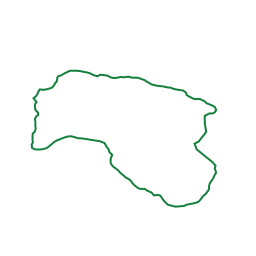 outline of Santa Bárbara, Bahia, Brazil, rotated 293°
{"feature_id": "56859067B70758123522346", "entity_name": "Santa Bárbara", "entity_type": "district", "adm_level": 2, "iso_a3": "BRA", "parent_name": "Brazil", "parent_adm1": "Bahia", "projection": "natural_earth1", "projection_center": [-38.986, -11.933], "detail": "fine", "context": "isolated", "style": "outline", "palette": "green", "viewbox_px": 256, "rotation_deg": 293, "n_neighbors": 0, "source": "geoboundaries", "source_scale": "gbopen_adm2", "svg_char_len": 2151}
<svg xmlns="http://www.w3.org/2000/svg" viewBox="0 0 256 256"><g transform="rotate(293 128 128)"><path d="M179.0,202.2L181.1,199.9L181.6,197.6L181.6,193.9L181.5,190.7L182.5,188.3L182.8,183.2L181.8,180.4L180.6,178.0L180.6,175.2L180.9,171.5L181.4,168.9L183.3,167.5L184.0,164.1L183.3,161.2L182.4,157.8L181.8,154.4L181.8,151.5L180.9,149.0L180.1,144.4L179.2,141.5L178.4,138.9L177.8,135.7L177.3,132.7L177.8,129.5L178.0,126.8L178.6,124.5L178.3,121.2L178.2,117.8L177.3,115.3L175.8,111.8L175.6,108.9L174.2,106.1L173.0,104.4L172.2,101.4L170.3,98.7L168.7,96.2L167.8,92.5L168.2,88.9L167.5,86.0L166.9,83.8L166.1,81.6L163.7,79.6L163.2,75.7L163.5,71.4L163.1,68.3L162.5,66.0L161.9,62.6L160.7,58.5L159.3,55.2L158.1,52.3L155.4,49.9L152.9,47.7L150.0,45.7L148.6,43.6L146.8,43.2L144.7,43.9L142.6,44.2L140.8,43.4L138.5,43.3L135.4,42.2L133.4,40.0L132.0,38.2L130.2,35.5L129.0,31.7L126.4,31.3L123.4,31.3L121.2,30.8L118.5,29.4L116.1,33.7L114.1,33.1L111.3,33.9L108.3,35.9L107.1,38.9L105.1,40.3L102.7,39.0L100.1,38.8L98.0,40.0L96.2,40.9L94.1,41.7L91.3,43.3L88.2,43.6L85.6,42.5L82.2,43.7L79.5,44.9L77.6,46.1L75.2,45.8L72.2,47.4L72.0,50.8L73.2,54.0L74.4,56.5L75.9,58.7L77.7,61.0L80.2,62.4L83.4,64.1L86.2,65.5L88.9,67.5L91.9,70.6L93.9,72.6L95.3,74.2L97.0,76.4L98.2,79.1L98.7,82.3L99.1,86.1L100.4,89.5L104.8,107.1L105.0,112.3L102.3,115.7L100.6,118.7L98.9,119.8L98.0,121.8L96.9,124.1L93.8,123.9L91.4,124.6L88.9,125.8L86.8,128.8L85.9,133.0L85.0,135.9L83.7,138.5L82.6,142.2L81.5,145.5L81.2,149.2L80.3,151.6L79.0,153.6L77.9,156.2L76.9,159.3L76.6,162.8L78.5,167.0L77.8,170.8L77.8,174.7L76.1,178.3L78.0,181.3L78.4,184.3L76.2,187.4L75.0,189.6L74.0,192.0L73.0,194.7L73.5,198.4L74.2,202.6L76.4,206.7L77.9,209.7L80.2,211.9L81.9,214.2L83.0,216.0L84.3,217.9L85.8,219.7L87.3,221.5L89.4,222.4L91.8,223.0L94.6,223.7L97.7,225.3L100.9,226.1L103.7,226.5L105.5,225.5L107.4,225.1L109.3,224.9L111.5,225.4L114.9,226.1L118.3,226.1L120.8,226.6L122.7,225.5L124.7,223.6L127.5,223.3L129.5,219.4L135.1,199.7L139.6,195.4L143.2,198.4L148.4,199.7L150.5,200.4L154.9,201.5L162.4,196.8L169.2,193.9L171.0,195.4L173.3,197.4L174.3,199.9L176.1,201.6L179.0,202.2Z" fill="none" stroke="#15803d" stroke-width="2"/></g></svg>